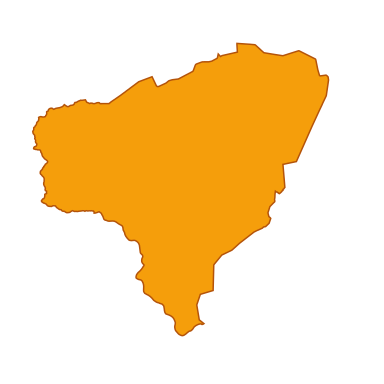 Formosa do Rio Preto, Bahia, Brazil, rotated 172°
{"feature_id": "56859067B17648013689335", "entity_name": "Formosa do Rio Preto", "entity_type": "district", "adm_level": 2, "iso_a3": "BRA", "parent_name": "Brazil", "parent_adm1": "Bahia", "projection": "orthographic", "projection_center": [-45.652, -10.857], "detail": "fine", "context": "isolated", "style": "filled", "palette": "amber", "viewbox_px": 384, "rotation_deg": 172, "n_neighbors": 0, "source": "geoboundaries", "source_scale": "gbopen_adm2", "svg_char_len": 6069}
<svg xmlns="http://www.w3.org/2000/svg" viewBox="0 0 384 384"><g transform="rotate(172 192 192)"><path d="M126.8,332.9L127.0,331.6L127.6,324.2L143.2,322.9L144.9,322.2L146.8,325.0L148.1,321.5L148.5,321.0L149.1,320.7L154.3,318.8L157.4,318.6L163.4,319.4L164.5,319.3L169.9,318.1L170.6,317.7L171.1,317.1L173.3,313.0L173.9,311.9L174.5,311.3L189.8,305.8L195.6,305.9L196.7,305.8L199.3,305.4L200.1,305.0L202.2,303.7L202.8,303.4L210.1,301.2L210.9,301.1L211.8,301.3L212.5,302.1L215.5,311.7L229.4,308.6L249.6,297.5L259.8,292.4L261.8,291.1L270.7,292.3L271.5,293.4L272.2,293.5L272.9,293.6L273.7,293.6L275.4,293.2L276.3,293.1L276.9,293.2L277.6,293.3L278.6,293.9L280.3,294.1L280.9,293.8L283.8,295.6L284.7,298.1L288.1,298.1L289.7,298.4L290.5,298.0L291.1,298.0L293.2,297.3L293.7,296.9L294.3,296.8L295.3,297.0L295.9,296.5L296.5,295.4L297.0,295.0L298.0,294.7L298.5,294.6L299.2,294.6L299.8,294.7L300.5,294.6L302.3,293.8L303.1,293.8L303.9,294.1L304.4,294.6L305.2,295.2L305.5,295.6L306.3,296.3L306.9,295.7L307.3,295.3L308.0,294.9L308.7,294.5L310.5,294.1L311.6,293.9L312.8,293.9L315.2,293.8L316.0,293.6L316.7,293.3L317.4,293.1L317.9,293.5L318.3,294.0L318.9,294.4L319.7,294.6L320.4,294.6L321.3,294.4L321.9,294.1L322.5,293.7L322.9,293.1L323.0,292.5L323.4,292.1L324.3,292.0L324.8,291.6L325.0,289.6L325.3,288.9L326.0,288.2L326.8,287.1L327.5,287.0L328.3,286.9L329.2,287.0L329.8,287.2L330.4,287.4L331.1,287.7L331.7,287.7L332.8,287.5L333.5,287.2L333.4,286.1L333.7,285.5L334.0,284.1L335.3,283.0L335.9,282.6L336.2,282.0L336.4,281.2L337.1,280.0L337.7,279.6L338.1,279.2L338.4,278.6L338.8,278.2L339.3,278.1L339.8,277.6L340.0,276.0L340.2,275.4L340.7,275.0L341.0,274.4L341.3,273.9L341.2,273.0L341.1,271.9L340.1,270.4L339.9,269.5L340.0,268.6L339.8,267.7L340.2,267.2L340.3,266.6L339.7,265.3L339.7,264.7L339.8,264.2L340.0,263.6L339.9,262.9L339.7,262.3L339.2,261.8L339.0,261.1L339.2,260.2L339.6,259.6L340.1,259.0L341.7,258.7L342.2,258.3L342.6,257.7L342.8,257.1L342.5,256.5L341.7,256.3L341.1,255.9L340.4,255.9L339.2,255.3L338.3,255.1L337.6,255.0L336.9,254.9L336.4,254.3L336.2,253.7L336.1,252.5L335.9,252.0L335.6,251.4L335.4,250.7L335.4,250.1L335.3,249.5L335.2,248.7L334.9,247.9L334.0,246.6L333.8,246.1L333.5,245.5L333.0,245.1L332.6,244.6L332.0,244.2L330.9,242.9L330.7,242.0L331.1,241.3L332.1,240.5L333.4,239.9L333.6,239.4L334.3,238.8L334.7,238.2L335.3,237.9L335.3,237.4L336.2,236.7L336.7,236.3L336.8,235.6L337.3,235.1L337.9,234.7L339.3,233.5L339.3,232.8L339.7,232.1L339.6,231.2L339.2,230.5L338.7,230.0L338.0,228.7L337.0,227.5L336.7,226.7L336.5,225.8L336.7,224.3L336.9,223.7L336.9,223.1L337.7,221.4L337.6,220.6L337.8,220.0L337.3,218.3L336.8,217.2L336.7,216.0L337.0,215.4L337.1,214.7L337.0,213.8L335.9,213.1L336.0,212.4L336.2,211.8L336.2,210.8L336.8,210.5L337.5,210.5L338.1,210.2L338.3,208.7L338.6,207.7L339.0,206.9L339.6,206.1L340.2,205.9L340.8,205.9L341.3,205.3L341.9,204.8L342.4,204.1L341.7,202.6L340.9,202.2L340.6,201.7L340.0,201.6L338.1,200.3L337.8,199.9L337.2,198.7L336.6,198.2L335.5,197.7L333.0,197.2L331.9,197.7L331.1,197.7L329.1,197.2L328.7,196.4L328.3,195.5L327.4,194.8L326.6,193.9L325.5,193.0L324.1,192.7L323.5,191.6L322.9,191.1L320.9,190.5L319.7,189.4L318.8,188.9L317.1,188.8L316.3,188.8L315.3,189.1L314.7,189.5L313.4,190.0L312.7,190.1L311.7,189.4L310.8,189.0L309.4,189.0L308.8,188.7L307.8,188.6L306.4,188.7L304.6,188.6L303.0,188.7L301.8,188.5L300.7,187.8L300.1,188.1L299.2,188.2L297.8,187.7L296.6,187.7L295.7,187.6L295.1,187.4L294.4,187.5L293.3,187.1L292.3,186.9L291.8,186.2L291.8,185.6L291.9,184.7L290.8,184.6L288.8,184.9L286.7,185.4L284.8,183.5L284.4,182.2L283.6,180.1L283.1,177.6L282.8,177.0L281.9,176.2L280.9,175.9L279.6,175.1L278.9,174.8L277.8,174.6L274.4,174.3L272.8,173.8L271.3,172.8L269.0,170.6L266.3,168.6L265.8,168.0L265.4,166.7L265.4,163.8L264.9,162.6L264.4,160.9L264.4,159.9L264.1,158.6L263.7,157.4L262.7,155.5L261.2,153.3L260.2,152.7L258.7,152.3L256.0,152.2L255.1,151.9L253.7,150.9L252.9,150.0L252.4,149.4L251.8,147.9L251.5,146.5L251.6,139.3L251.4,138.5L250.9,137.8L249.9,136.5L249.7,135.6L249.8,134.6L250.9,132.9L251.3,131.5L251.4,130.5L251.4,129.8L251.2,129.0L250.9,128.3L250.4,127.5L249.9,126.9L249.7,126.4L249.9,125.7L250.7,125.0L251.1,124.4L252.7,122.6L254.5,121.1L256.6,119.7L257.7,118.6L258.4,117.8L258.7,117.2L259.2,115.9L259.3,115.0L259.2,114.5L258.7,114.0L258.2,113.6L257.7,113.2L256.8,112.7L255.0,112.1L254.6,111.7L253.9,111.0L253.5,109.9L253.1,108.6L252.9,106.7L253.0,105.0L253.6,101.6L253.7,100.4L253.5,99.6L252.9,98.3L251.1,96.9L249.5,95.8L248.0,94.4L246.6,92.7L244.9,90.0L242.8,88.1L241.7,87.4L240.4,86.9L239.6,86.3L237.3,85.2L236.8,84.6L236.0,83.4L235.8,82.8L235.7,79.8L235.8,79.0L235.7,77.2L235.6,76.6L235.0,75.1L234.2,74.6L232.1,73.5L230.4,72.4L229.5,71.6L228.4,70.4L227.5,68.6L226.8,65.9L226.7,64.7L227.1,63.2L227.6,61.9L227.9,60.8L227.9,59.8L227.8,58.3L227.5,57.0L225.3,53.6L224.5,52.7L222.7,51.5L221.7,51.1L220.7,51.1L219.6,51.4L217.8,52.3L216.0,53.5L214.2,54.5L213.5,54.6L212.6,54.6L212.0,55.0L210.8,55.7L210.4,56.1L208.6,58.1L206.9,59.1L204.7,59.9L203.0,60.2L202.2,60.2L201.3,60.1L200.7,59.5L199.8,59.4L199.1,59.7L198.5,60.0L202.6,64.4L203.0,79.5L198.0,89.5L184.8,91.5L180.6,116.7L180.1,117.3L171.3,125.4L160.5,128.9L152.1,134.6L136.2,143.7L132.7,144.9L132.1,145.0L127.4,146.4L126.0,147.4L123.9,147.5L120.0,150.3L117.7,154.9L118.1,155.6L119.3,157.0L119.7,160.8L116.9,166.7L112.5,170.1L111.6,170.7L111.2,171.5L111.3,172.2L111.3,172.9L111.2,173.5L111.0,174.0L110.6,175.5L110.5,176.2L110.1,178.3L109.3,181.2L108.7,180.6L108.1,180.1L107.5,180.0L107.2,179.4L106.6,179.2L106.3,178.6L105.8,178.2L104.8,178.7L104.1,179.2L103.3,179.7L102.9,180.3L102.1,180.7L101.6,181.1L101.6,181.8L100.7,182.3L100.0,183.1L99.4,183.6L98.1,206.7L84.4,207.6L63.9,240.5L54.5,255.1L51.2,260.1L50.3,261.6L45.8,268.4L45.5,269.1L41.4,283.2L41.2,284.0L41.2,287.0L41.7,287.7L42.2,288.4L43.0,289.1L45.6,289.1L48.8,289.1L49.5,289.6L50.1,293.5L50.4,295.6L51.0,305.5L51.2,306.4L51.7,306.8L66.3,316.9L67.0,317.0L83.0,314.3L83.8,314.5L90.8,316.6L101.4,319.9L102.0,320.6L103.6,322.5L108.7,328.7L109.3,329.1L114.0,330.2L119.3,331.3L126.8,332.9Z" fill="#f59e0b" stroke="#b45309" stroke-width="1.5"/></g></svg>